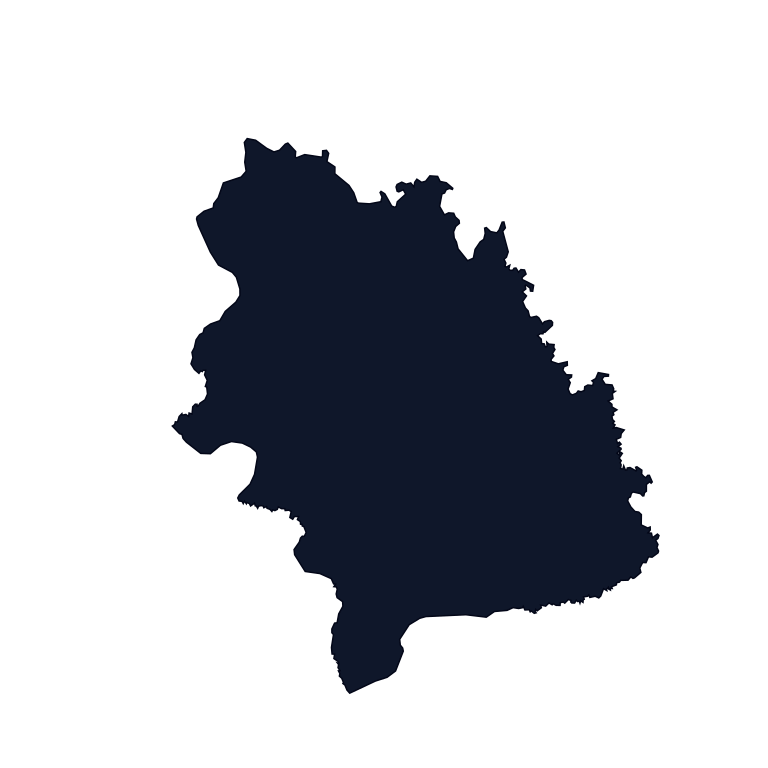 outline of Hua Taphan, Amnat Charoen, Thailand, rotated 158°
{"feature_id": "78962969B24763205139340", "entity_name": "Hua Taphan", "entity_type": "district", "adm_level": 2, "iso_a3": "THA", "parent_name": "Thailand", "parent_adm1": "Amnat Charoen", "projection": "natural_earth1", "projection_center": [104.518, 15.665], "detail": "fine", "context": "isolated", "style": "filled", "palette": "ink", "viewbox_px": 768, "rotation_deg": 158, "n_neighbors": 0, "source": "geoboundaries", "source_scale": "gbopen_adm2", "svg_char_len": 6171}
<svg xmlns="http://www.w3.org/2000/svg" viewBox="0 0 768 768"><g transform="rotate(158 384 384)"><path d="M533.3,153.1L531.0,152.0L533.3,148.2L530.2,143.4L530.6,141.9L531.7,142.8L531.2,140.9L532.9,138.2L532.2,134.7L533.7,135.1L533.4,132.0L534.8,129.9L533.4,127.0L533.4,122.4L534.3,121.7L533.0,119.5L533.0,114.1L531.6,110.2L503.3,111.8L491.0,110.9L480.8,113.6L466.2,129.1L465.6,132.2L466.7,135.8L465.1,141.4L450.8,151.4L438.7,153.4L432.3,152.7L394.5,139.4L376.5,129.5L366.8,131.7L354.7,128.0L348.1,128.3L343.2,125.4L339.5,124.7L338.2,125.7L338.0,121.7L333.9,120.3L333.8,118.0L332.5,118.5L330.6,115.1L328.7,114.9L329.2,116.4L327.7,118.2L327.0,116.3L321.9,117.6L321.6,120.4L317.3,117.5L313.1,119.2L310.8,116.3L309.5,116.9L307.3,114.3L303.7,112.8L302.5,115.3L299.4,114.6L298.5,113.1L293.8,115.1L291.5,113.1L292.5,112.0L291.9,110.6L289.3,109.5L286.7,111.5L286.0,109.8L284.3,109.5L284.4,107.4L282.9,109.3L281.3,107.0L280.2,109.3L279.0,109.4L278.8,111.9L274.7,110.9L273.1,111.7L273.1,109.0L267.7,108.1L265.0,105.2L262.5,106.2L257.1,112.0L254.8,109.0L254.5,110.6L252.2,111.5L252.7,110.0L251.3,108.2L250.9,109.8L249.0,108.9L249.0,110.8L243.8,110.7L242.8,112.6L239.9,112.1L238.2,113.3L231.2,110.7L227.4,112.7L226.0,110.5L224.4,110.4L216.4,113.1L215.8,117.5L211.1,121.6L208.0,120.2L203.5,124.7L200.3,123.0L193.2,124.8L192.0,126.3L192.2,130.1L190.1,132.6L190.7,137.4L187.9,138.1L185.8,140.5L186.7,142.4L192.7,140.9L191.9,145.5L195.0,147.1L191.8,148.9L190.8,151.7L193.4,151.7L198.3,157.0L194.3,166.5L195.8,169.8L199.1,171.8L201.2,177.6L201.9,184.3L200.1,186.8L197.9,187.0L195.5,190.1L193.4,190.5L187.3,186.3L186.1,183.3L185.0,183.0L183.1,185.7L180.9,186.3L178.3,192.6L174.2,193.8L173.5,192.0L172.0,192.7L172.2,199.9L173.8,200.5L176.3,199.0L177.7,200.9L178.9,203.9L177.2,207.5L180.5,212.5L181.9,212.5L182.0,209.6L182.9,209.0L187.2,214.4L189.9,215.0L191.1,213.3L192.4,213.7L192.4,218.3L194.4,215.6L196.4,217.0L194.4,220.2L194.6,222.5L192.8,224.0L193.7,227.2L189.0,230.4L190.7,232.9L192.7,230.1L194.0,232.6L188.7,234.6L188.3,235.6L190.6,238.2L186.7,239.4L187.5,241.9L189.7,241.4L189.4,245.7L184.6,245.8L182.6,249.2L178.5,251.4L184.9,256.6L188.0,257.2L185.1,259.6L186.7,261.8L184.4,263.0L185.4,265.3L184.8,268.8L182.4,269.4L182.3,271.9L177.7,272.8L181.2,277.3L180.3,279.8L182.6,284.3L177.2,284.5L175.8,289.8L172.4,290.6L174.2,291.6L172.8,293.5L172.9,297.7L179.0,300.8L180.1,306.8L177.2,308.6L173.0,307.2L172.3,308.7L181.1,314.3L185.7,309.7L190.0,309.1L189.1,307.0L191.1,304.4L195.4,306.7L198.9,306.3L200.7,302.9L204.2,303.0L206.6,304.8L209.1,303.3L213.4,303.3L215.1,305.4L215.2,310.4L210.8,315.5L211.5,319.3L207.6,320.2L206.6,322.1L211.5,324.3L213.0,329.8L210.8,332.6L207.0,332.6L205.8,336.0L214.8,337.4L220.5,342.3L219.8,344.3L215.9,346.4L216.4,349.2L212.6,351.9L212.9,354.4L211.5,356.8L216.3,359.3L217.4,361.8L218.8,357.7L220.5,357.9L220.4,361.2L222.7,362.4L221.4,366.8L223.5,371.3L220.3,372.1L217.8,371.0L216.6,372.6L215.5,371.6L205.9,375.3L204.6,378.0L205.3,380.1L207.0,381.1L211.9,381.7L214.5,380.3L215.7,387.5L217.2,389.7L222.6,390.6L223.8,391.9L223.0,397.8L224.4,401.5L224.6,408.6L218.9,412.3L221.3,417.6L216.9,419.0L216.4,422.2L215.4,422.6L212.7,418.4L213.4,415.3L211.4,414.3L208.3,419.5L216.7,429.1L216.1,431.0L211.1,432.7L211.0,437.1L214.2,438.8L217.4,437.3L218.2,442.1L220.0,442.6L222.1,441.2L224.7,442.3L225.1,444.0L222.9,447.0L226.7,446.6L227.8,447.7L225.7,450.5L226.0,454.7L223.0,455.7L219.3,460.0L216.7,481.1L213.0,483.3L212.1,489.3L213.8,489.8L219.7,483.6L222.8,481.9L228.1,485.4L230.5,490.7L232.3,490.8L233.8,485.6L237.4,480.7L241.5,479.8L249.1,474.7L254.0,467.2L260.3,467.0L264.7,481.6L263.7,488.5L264.2,493.1L262.5,499.0L258.5,503.2L253.9,504.8L253.1,507.6L255.3,512.2L255.4,516.2L260.0,518.5L264.6,518.2L265.9,527.9L259.1,538.5L256.3,538.4L253.6,540.8L250.1,540.8L247.7,538.8L246.9,539.7L250.9,547.3L256.1,550.8L256.5,556.4L263.5,559.8L269.4,556.4L273.6,556.9L276.8,561.6L279.9,559.6L282.4,555.6L283.9,560.4L288.6,561.0L291.9,564.5L297.1,564.1L299.0,562.2L299.6,557.8L298.3,556.6L293.4,556.9L292.8,551.9L303.4,548.0L306.1,544.1L307.8,543.8L310.2,546.1L312.0,560.0L314.6,563.7L315.9,563.0L315.8,558.1L318.6,554.2L330.0,556.5L340.0,561.3L340.9,562.5L340.4,572.7L342.1,581.3L350.8,597.4L348.2,603.6L353.6,611.6L348.9,618.6L349.8,622.2L353.5,623.2L355.7,618.2L356.9,617.7L371.6,626.4L380.5,626.5L381.2,627.9L378.8,632.7L382.9,643.4L385.6,643.4L393.3,639.9L399.1,640.4L404.5,646.5L411.7,658.1L418.9,662.8L423.0,660.3L425.3,650.5L430.0,641.9L432.1,632.9L438.9,629.4L457.6,630.6L467.9,618.8L474.2,615.1L476.4,611.2L486.1,611.6L494.7,609.0L496.0,607.2L496.8,600.6L495.6,571.3L492.9,556.3L482.8,544.3L480.9,538.3L482.0,526.1L484.4,520.0L490.7,515.4L504.0,510.8L512.5,504.2L522.4,504.6L529.8,502.9L532.6,499.2L536.3,498.9L541.7,495.3L546.3,488.6L550.2,485.3L551.3,480.0L555.4,475.0L554.3,468.5L551.6,463.2L549.0,464.9L547.8,463.6L546.6,464.5L544.2,463.5L546.9,459.7L546.5,453.6L550.6,448.6L549.5,447.6L551.4,440.8L555.9,436.4L561.8,435.1L564.9,432.9L565.8,433.3L564.9,435.2L566.5,436.0L569.9,434.5L573.2,428.1L575.6,430.1L577.3,427.1L579.1,430.0L582.8,430.7L582.5,432.2L586.1,430.6L589.7,426.1L591.6,427.1L593.3,424.8L596.0,424.3L592.2,414.6L590.2,412.9L590.7,408.8L589.0,404.1L579.9,388.3L571.1,384.4L558.6,388.5L547.0,387.8L537.5,382.3L531.3,375.5L527.8,368.8L528.7,363.6L537.9,348.7L545.7,341.3L559.7,335.4L562.3,333.1L562.2,329.8L559.6,328.4L559.3,325.8L557.2,327.7L556.5,324.5L555.6,325.5L553.6,323.6L553.4,320.9L548.7,322.0L549.0,319.2L548.1,318.9L547.7,316.1L546.1,317.7L543.5,317.3L541.7,316.1L541.8,314.3L538.8,314.4L539.0,312.6L536.7,310.5L535.7,307.8L534.3,309.0L532.6,307.5L529.9,307.7L528.0,309.7L525.7,306.8L522.7,305.6L523.0,303.7L519.4,302.6L517.8,300.5L521.3,295.5L519.3,292.8L516.7,294.7L512.8,293.1L515.1,290.7L513.1,287.8L513.9,285.3L512.5,284.6L513.0,283.0L511.7,281.8L511.8,275.5L515.0,272.6L516.8,273.5L519.2,272.4L521.8,269.1L529.4,264.2L530.8,259.2L527.3,239.7L514.5,232.3L505.8,223.3L505.6,217.5L503.8,216.5L506.4,214.9L504.2,213.7L504.2,211.3L507.0,207.2L507.5,203.5L503.9,197.7L505.4,193.3L512.1,187.8L516.9,180.2L519.4,180.8L524.1,176.4L525.5,172.9L524.7,170.6L531.4,159.4L533.3,153.1Z" fill="#0f172a" stroke="#020617" stroke-width="1.5"/></g></svg>